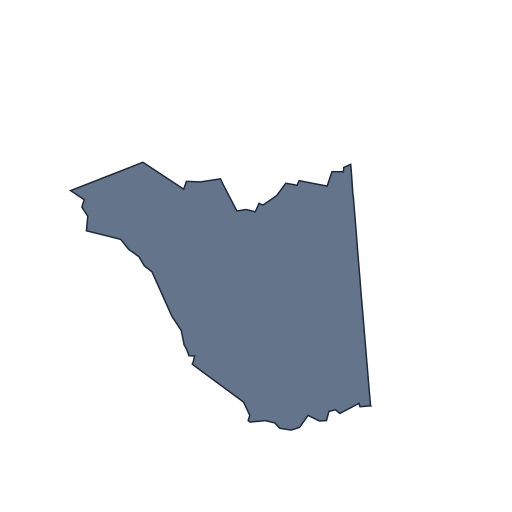 Columbus, North Carolina, United States of America, rotated 220°
{"feature_id": "52423323B52623684418934", "entity_name": "Columbus", "entity_type": "district", "adm_level": 2, "iso_a3": "USA", "parent_name": "United States of America", "parent_adm1": "North Carolina", "projection": "robinson", "projection_center": [-78.658, 34.215], "detail": "fine", "context": "isolated", "style": "filled", "palette": "slate", "viewbox_px": 512, "rotation_deg": 220, "n_neighbors": 0, "source": "geoboundaries", "source_scale": "gbopen_adm2", "svg_char_len": 1135}
<svg xmlns="http://www.w3.org/2000/svg" viewBox="0 0 512 512"><g transform="rotate(220 256 256)"><path d="M71.9,214.9L72.0,214.9L102.5,245.6L115.5,258.7L137.2,280.6L145.4,288.8L151.5,294.9L159.3,302.9L177.0,320.8L184.1,328.0L194.1,338.2L217.3,361.7L218.2,362.7L221.2,365.3L237.5,382.2L241.9,386.6L242.4,387.1L245.7,380.2L243.2,376.8L252.0,369.4L246.4,355.3L271.4,341.4L270.0,336.6L279.9,330.9L279.0,315.4L283.4,299.5L287.5,298.3L285.0,289.4L293.4,285.3L299.6,278.2L327.8,289.9L332.8,292.3L346.3,276.9L357.3,268.5L354.3,260.7L402.8,255.1L403.0,254.9L413.4,235.7L424.2,216.1L425.2,214.1L440.1,186.9L423.8,188.7L420.8,181.5L410.4,178.3L402.1,166.3L370.3,181.8L357.7,179.2L345.1,180.2L335.4,176.7L325.5,177.0L282.0,155.9L265.2,150.8L255.4,142.9L253.9,141.7L253.5,141.5L252.8,141.3L251.7,140.9L248.5,139.6L243.2,136.5L238.8,140.0L235.8,134.0L235.4,132.2L233.3,132.2L171.6,136.1L158.3,129.9L156.2,124.9L153.9,124.9L143.0,135.9L134.4,140.2L127.0,139.3L117.1,145.3L112.5,152.7L113.6,167.4L101.5,170.3L96.2,175.2L100.2,183.7L96.4,189.2L90.6,189.3L82.4,209.3L79.4,207.4L71.9,214.9Z" fill="#64748b" stroke="#1e293b" stroke-width="1.5"/></g></svg>